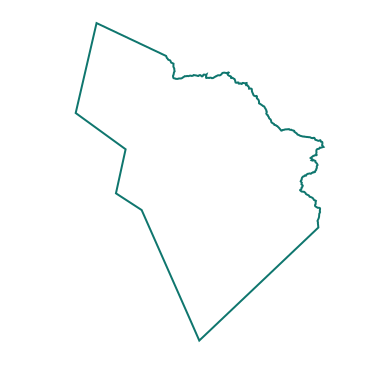 outline of Obura/Wonenara District, Eastern Highlands, Papua New Guinea, rotated 283°
{"feature_id": "67681753B51845226746090", "entity_name": "Obura/Wonenara District", "entity_type": "district", "adm_level": 2, "iso_a3": "PNG", "parent_name": "Papua New Guinea", "parent_adm1": "Eastern Highlands", "projection": "orthographic", "projection_center": [145.927, -6.831], "detail": "fine", "context": "isolated", "style": "outline", "palette": "teal", "viewbox_px": 384, "rotation_deg": 283, "n_neighbors": 0, "source": "geoboundaries", "source_scale": "gbopen_adm2", "svg_char_len": 5717}
<svg xmlns="http://www.w3.org/2000/svg" viewBox="0 0 384 384"><g transform="rotate(283 192 192)"><path d="M242.8,60.9L218.7,117.7L173.6,118.2L163.1,147.0L65.7,220.0L48.9,232.5L121.4,280.5L185.2,322.7L185.8,323.1L187.0,322.7L187.9,322.4L189.3,321.9L189.8,321.7L190.4,321.6L191.0,321.5L191.3,321.2L192.1,320.8L194.7,321.3L196.3,321.4L199.4,320.9L200.2,321.1L201.3,321.3L202.1,320.8L204.4,320.6L205.0,320.3L205.2,319.5L204.9,318.0L205.7,315.6L206.2,315.0L207.0,314.8L208.1,315.2L210.1,314.7L211.2,314.8L211.5,314.1L211.5,313.4L211.8,312.5L212.5,311.9L213.3,310.9L213.6,309.9L213.9,308.5L213.8,307.8L214.0,307.4L214.6,307.0L215.0,306.4L215.2,305.3L215.5,303.9L215.8,303.4L216.3,303.0L216.8,302.5L217.1,301.7L217.4,301.2L217.3,300.4L217.2,299.5L217.1,298.6L218.0,297.0L218.5,297.0L219.1,297.7L219.9,298.0L221.0,297.8L221.7,298.3L222.3,298.3L222.7,298.5L223.1,298.5L223.5,298.1L223.9,297.3L224.2,296.9L225.1,296.9L225.8,296.9L226.8,295.5L227.5,295.6L227.9,295.8L228.6,296.1L228.9,295.9L230.7,296.0L231.3,296.3L232.0,296.7L232.6,297.7L233.3,298.0L233.5,298.2L233.4,299.0L233.7,299.5L234.5,299.5L235.7,300.6L236.0,301.4L236.5,302.3L236.6,302.8L236.5,303.6L236.8,304.0L237.5,304.4L237.9,305.1L238.3,305.3L238.4,306.1L238.9,306.4L238.8,306.7L239.3,307.4L239.8,307.4L240.5,307.5L240.9,307.6L241.4,308.0L242.5,307.9L243.0,308.1L243.7,308.2L244.4,307.9L244.8,307.8L245.7,307.9L246.5,308.3L246.9,308.1L247.5,307.6L248.1,306.9L249.0,305.5L249.9,305.3L250.1,304.9L250.3,303.7L250.1,303.2L249.7,302.4L249.8,301.4L250.3,301.7L250.8,302.2L251.1,301.6L251.5,300.5L251.8,299.9L252.2,300.2L253.1,301.0L254.5,302.1L254.7,302.7L255.2,303.1L255.6,303.9L255.7,304.7L256.2,305.1L256.8,304.5L257.4,304.4L258.0,304.4L258.6,304.4L259.9,303.9L261.2,303.9L262.0,304.4L262.3,305.1L262.7,306.0L264.0,306.6L264.0,307.4L264.2,307.6L265.5,310.0L266.9,308.2L268.4,308.2L269.8,307.8L270.0,307.6L270.1,307.1L270.1,306.2L270.9,305.8L271.3,305.4L271.3,305.2L270.8,304.7L270.3,303.7L270.3,303.3L270.6,301.5L270.6,300.5L271.1,300.1L272.2,299.1L272.0,298.7L272.1,298.2L271.6,297.6L271.7,297.1L271.5,296.2L271.9,294.6L271.6,293.2L271.7,292.5L271.4,291.8L271.4,290.6L271.2,289.6L271.3,288.6L271.0,287.9L271.1,285.5L271.1,284.9L271.4,283.7L271.6,283.2L271.7,281.9L272.6,280.9L273.0,279.9L273.8,278.1L274.3,278.0L274.6,277.8L274.7,276.8L274.7,275.6L275.0,274.7L274.7,274.0L274.7,273.2L275.1,272.3L274.7,271.6L274.6,270.9L274.3,270.0L273.9,268.6L273.4,267.9L272.7,266.2L272.1,265.8L271.9,265.2L274.3,262.0L274.6,261.4L275.1,260.7L275.4,260.2L275.4,259.5L275.8,259.0L275.9,258.6L276.0,258.0L275.9,257.2L276.3,256.9L276.8,256.5L276.9,255.8L277.2,255.2L277.5,254.2L277.8,253.7L278.4,253.4L279.6,252.8L280.3,252.3L280.5,251.9L280.9,251.1L281.1,250.7L282.1,250.0L282.6,249.7L283.1,249.0L283.9,248.6L284.3,247.4L284.8,247.1L285.3,246.7L285.9,246.8L286.7,246.9L287.0,246.8L287.4,246.3L288.1,246.2L288.4,246.0L288.8,245.5L289.3,245.2L289.7,244.9L290.1,244.4L290.8,243.7L291.3,243.4L291.6,243.0L291.7,242.5L291.8,241.7L292.1,241.3L292.3,240.8L292.5,240.2L292.7,239.7L293.0,239.1L293.2,238.3L293.3,237.7L293.6,237.3L294.4,237.2L295.1,237.0L295.7,236.7L296.3,236.4L297.0,235.7L297.5,234.9L297.8,234.2L298.3,234.0L298.9,233.9L299.7,233.8L300.1,233.3L299.9,232.8L299.7,232.5L299.6,232.0L299.8,231.4L299.8,230.8L300.3,230.1L300.7,229.7L301.2,229.5L301.7,229.2L302.1,228.8L302.4,228.5L303.0,228.2L303.5,227.8L304.0,227.6L304.9,227.4L305.4,227.2L305.8,227.0L306.0,226.6L305.9,226.3L306.0,225.7L305.9,225.1L305.7,224.8L305.5,224.4L305.9,224.2L306.3,224.1L307.5,223.4L307.7,223.1L307.8,222.6L308.0,222.3L308.4,222.1L308.6,221.7L308.3,220.7L308.6,220.5L309.1,220.8L309.5,220.7L309.8,220.6L310.2,220.8L310.5,220.7L310.4,220.4L310.0,219.6L309.8,218.8L309.8,218.2L309.8,217.4L309.6,216.7L309.3,216.4L308.6,216.3L308.4,215.9L308.5,215.5L308.6,215.0L308.7,214.5L308.2,213.8L308.1,213.3L308.2,213.0L308.7,212.8L309.1,212.6L309.1,212.2L308.9,211.6L308.5,211.0L308.4,210.2L308.5,209.8L308.9,209.6L309.5,209.3L310.2,209.0L310.7,208.7L311.7,207.9L311.8,207.1L312.0,206.7L312.3,206.0L312.2,205.4L311.9,204.8L311.9,204.4L312.2,204.2L312.5,204.3L312.9,204.4L313.2,204.1L313.5,203.3L313.5,202.4L313.7,201.7L314.0,200.9L315.0,200.0L315.8,200.5L316.6,200.9L316.7,200.6L315.9,199.5L315.7,198.8L315.6,198.0L315.6,197.0L315.4,196.2L315.2,195.6L314.8,194.9L314.1,194.5L313.1,194.1L312.7,193.7L312.2,193.2L311.9,192.9L311.8,192.2L311.6,191.1L310.7,190.0L310.3,189.7L310.2,189.3L309.8,189.0L309.5,188.6L308.8,187.9L308.1,187.2L307.7,186.7L307.4,185.8L307.4,185.5L307.6,185.1L307.6,184.5L307.4,183.7L307.0,183.2L306.9,182.7L306.9,181.7L306.5,180.9L306.3,180.3L306.7,180.0L307.0,179.8L307.9,179.7L308.5,179.6L309.8,179.7L309.4,179.3L309.2,178.8L309.2,178.1L309.1,177.2L308.7,176.7L308.1,176.7L307.5,176.4L306.9,175.8L306.9,175.4L307.3,174.8L307.7,174.0L307.7,173.6L307.5,173.0L307.1,172.5L306.6,172.3L306.4,171.9L306.4,171.4L306.5,170.6L306.5,169.7L306.4,168.7L306.3,167.3L305.9,167.0L305.4,166.6L305.3,166.1L305.0,165.5L305.0,164.9L305.0,164.0L304.7,163.5L304.1,162.5L304.0,162.2L304.0,161.8L304.0,161.2L303.7,160.6L303.4,160.1L303.3,159.5L303.3,159.0L303.0,158.7L302.5,158.3L302.1,157.9L301.9,157.6L301.3,157.2L300.8,156.7L300.4,156.2L300.1,155.6L299.9,154.8L299.7,153.7L299.2,153.0L298.9,152.3L298.8,151.6L298.6,150.9L298.7,150.5L298.8,150.0L298.8,149.6L298.7,149.1L298.8,148.6L299.0,148.2L299.3,148.0L300.0,147.7L300.7,147.4L301.2,147.4L301.7,147.5L302.1,147.7L302.6,147.6L303.4,147.6L304.6,147.5L305.5,147.9L305.8,147.9L306.3,147.6L307.3,147.2L308.2,147.0L309.9,145.7L311.3,145.4L312.9,145.1L313.2,143.7L313.4,142.6L314.9,141.5L315.3,141.1L315.4,140.1L315.5,139.4L315.8,138.7L316.4,138.3L317.0,137.3L317.6,136.9L318.7,136.2L335.1,61.0L242.8,60.9Z" fill="none" stroke="#0f766e" stroke-width="2"/></g></svg>